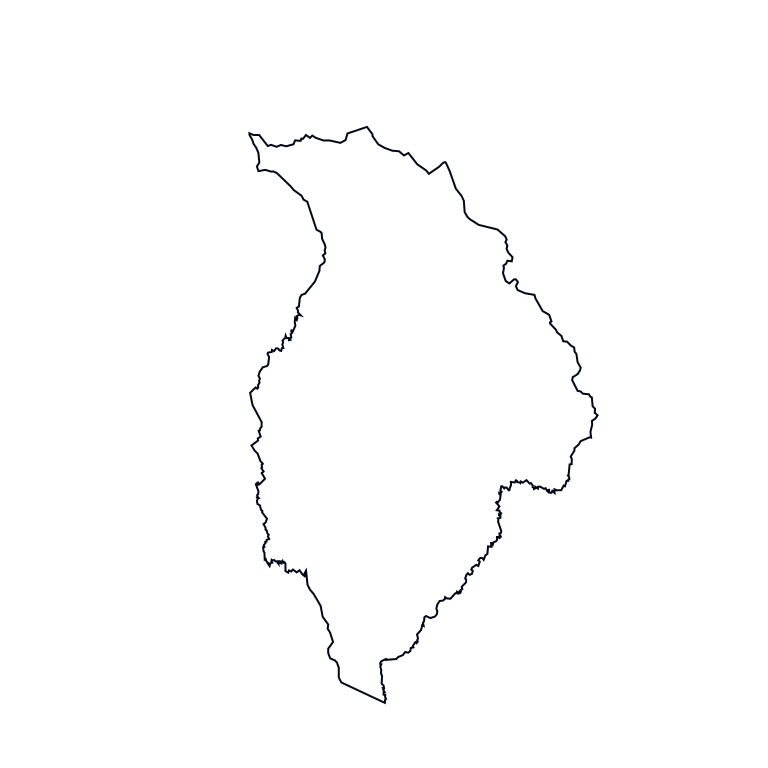 Rattaphum, Songkhla, Thailand, rotated 153°
{"feature_id": "78962969B64238633533340", "entity_name": "Rattaphum", "entity_type": "district", "adm_level": 2, "iso_a3": "THA", "parent_name": "Thailand", "parent_adm1": "Songkhla", "projection": "equal_earth", "projection_center": [100.221, 7.064], "detail": "fine", "context": "isolated", "style": "outline", "palette": "ink", "viewbox_px": 768, "rotation_deg": 153, "n_neighbors": 0, "source": "geoboundaries", "source_scale": "gbopen_adm2", "svg_char_len": 6165}
<svg xmlns="http://www.w3.org/2000/svg" viewBox="0 0 768 768"><g transform="rotate(153 384 384)"><path d="M547.3,342.8L547.9,341.4L547.5,339.5L548.6,340.1L548.5,339.2L550.3,337.5L551.2,334.5L549.7,332.2L550.7,327.6L550.0,326.1L550.9,324.9L549.4,317.1L552.4,314.3L555.0,313.9L554.8,309.5L555.7,308.0L555.0,306.9L555.7,303.6L555.1,302.1L556.6,301.0L556.7,298.0L559.4,298.4L560.3,296.9L561.5,297.2L561.9,296.1L564.3,295.0L564.5,293.2L565.8,293.5L567.3,289.5L567.1,288.0L570.0,281.7L568.9,281.8L569.3,279.3L568.2,276.6L569.0,276.7L568.6,273.7L566.7,275.8L564.8,275.5L565.0,276.9L563.9,278.4L563.2,277.2L561.8,277.0L561.0,275.0L559.1,274.3L560.0,273.2L559.7,271.7L559.1,273.3L557.3,271.1L557.0,273.0L556.0,272.1L554.7,272.6L555.0,270.4L553.6,270.5L553.3,268.8L556.7,262.1L555.1,259.4L553.3,261.0L551.8,259.1L549.4,260.0L547.3,255.8L543.8,256.4L543.2,251.6L541.9,248.7L540.8,249.7L540.9,251.3L538.2,253.1L543.3,239.8L543.3,234.1L542.0,228.9L541.2,215.1L544.3,204.5L542.9,195.0L545.3,191.5L544.9,187.0L546.5,177.3L553.9,173.5L555.9,169.5L556.5,163.9L553.3,160.1L552.4,157.3L553.1,151.7L557.5,143.1L557.6,139.3L557.4,137.3L528.0,99.5L526.5,102.1L525.1,102.5L525.2,104.4L524.1,106.3L525.4,107.5L524.0,110.0L523.4,109.4L523.4,112.1L522.4,112.5L522.9,113.6L521.9,113.5L521.3,115.3L522.1,118.1L518.2,125.0L518.1,127.4L516.3,130.4L515.6,133.8L513.9,135.3L514.6,135.5L514.2,136.9L512.7,138.1L507.9,138.2L507.7,137.3L506.5,137.6L506.3,136.8L498.0,133.4L495.2,134.3L490.2,133.9L486.8,135.6L484.4,133.6L481.7,134.2L480.0,136.6L477.4,136.0L477.5,137.3L473.7,139.6L472.6,139.7L472.6,138.4L471.1,138.9L470.5,140.9L469.2,141.8L468.3,145.8L462.5,148.1L459.4,151.8L458.5,150.5L457.7,153.5L456.2,154.3L453.8,157.9L451.9,158.2L449.1,154.5L444.3,153.6L441.7,154.7L439.7,157.1L439.4,159.9L437.0,163.0L433.1,165.4L429.9,164.3L427.3,164.8L426.3,166.3L425.3,164.4L422.3,162.5L415.9,165.0L414.6,165.1L413.7,164.1L413.2,165.4L412.7,164.4L411.5,164.8L412.0,163.4L411.2,163.1L409.7,164.2L409.7,165.4L407.3,165.7L406.9,168.0L400.8,170.1L399.6,172.5L400.0,173.8L397.2,176.6L395.1,177.3L394.4,175.1L391.9,174.9L389.7,177.2L390.5,179.0L389.0,180.3L383.9,181.0L382.6,179.0L379.3,182.3L380.1,184.0L378.2,185.0L377.1,185.3L375.3,184.1L375.0,182.1L371.5,185.3L369.0,185.7L365.0,192.1L362.2,190.2L360.8,193.7L359.9,193.1L359.9,191.6L358.2,193.3L355.7,193.0L354.2,193.6L352.8,196.4L351.3,195.8L351.2,194.3L349.8,194.5L349.1,195.2L349.7,196.6L349.0,198.4L348.0,197.9L346.3,199.6L344.8,209.7L343.6,211.1L343.6,212.6L341.1,211.9L340.2,213.4L341.2,214.7L340.8,215.7L339.7,214.7L338.3,215.6L339.1,217.4L338.6,218.7L340.8,220.3L336.7,222.5L338.0,227.5L336.8,227.8L336.2,226.8L333.2,228.3L330.4,232.3L331.2,233.3L330.8,234.9L329.1,233.9L328.1,234.7L328.7,236.1L326.0,239.6L325.0,239.2L324.3,236.4L323.0,236.9L321.8,236.0L321.1,232.6L320.0,232.7L319.6,233.9L316.8,236.1L315.4,239.2L312.2,236.9L310.2,238.3L309.5,237.3L309.8,235.9L308.0,235.0L307.5,233.8L306.3,235.0L305.1,233.1L300.7,233.6L299.4,229.1L298.1,229.0L297.6,226.0L298.4,224.5L297.4,223.6L298.0,222.4L295.8,222.3L295.6,223.3L294.3,221.0L293.5,222.5L291.7,221.9L289.0,217.9L287.3,217.8L287.3,215.3L285.0,214.8L285.6,213.3L286.7,213.3L286.5,212.5L284.2,211.0L282.5,212.4L281.4,209.5L279.9,212.8L278.5,211.0L274.3,208.9L270.1,211.9L269.2,210.7L265.3,214.8L264.0,214.1L263.2,215.2L262.2,214.9L261.3,216.9L261.6,219.0L260.9,219.0L255.1,228.1L253.2,227.4L250.7,231.9L250.6,234.6L244.7,238.1L243.4,240.3L238.3,241.6L234.7,243.8L225.2,243.2L223.8,242.2L221.8,247.6L217.1,253.1L215.5,256.7L211.4,257.2L207.9,259.1L209.3,262.7L207.2,266.1L208.2,269.5L204.9,277.7L205.9,279.0L206.1,281.8L211.2,285.1L212.2,288.1L214.6,290.0L214.6,302.0L212.7,304.4L206.9,304.9L203.2,307.1L201.3,309.3L201.6,315.6L198.9,323.4L199.5,326.2L198.0,330.2L200.0,333.3L201.7,338.6L204.9,340.7L204.1,346.3L206.3,351.4L206.2,354.4L208.6,362.5L208.1,363.5L206.4,363.7L205.4,370.7L209.5,376.9L210.2,391.3L209.5,395.1L217.2,400.9L222.3,407.1L222.0,411.4L218.4,414.0L219.0,417.4L220.6,418.2L226.6,416.7L228.8,420.5L227.7,428.6L224.5,432.9L223.8,435.3L220.7,435.7L218.1,437.8L214.5,435.3L211.9,438.6L213.6,444.6L213.4,448.8L211.2,451.4L211.4,455.3L209.2,456.9L208.9,460.5L212.7,470.1L227.3,482.7L232.7,491.9L233.8,495.1L234.1,500.5L229.7,511.0L229.5,516.2L231.3,525.5L228.8,544.1L228.4,553.1L228.8,554.0L231.0,554.2L236.5,552.5L248.6,550.9L249.5,555.2L254.6,564.6L257.4,578.7L262.5,578.6L265.0,584.6L270.7,588.1L276.2,594.0L280.3,600.2L281.7,610.0L280.9,611.7L282.5,620.8L302.8,623.8L307.5,618.8L313.3,618.6L321.8,625.6L327.3,628.4L333.1,634.4L335.1,637.9L338.2,636.9L340.5,641.3L344.9,639.2L346.2,640.2L347.9,638.5L352.6,641.4L355.8,638.7L363.2,640.2L367.4,643.8L372.0,644.1L376.1,648.4L379.5,648.8L382.2,662.5L387.3,665.2L390.1,668.5L390.8,666.8L390.5,661.4L391.2,657.5L390.6,652.2L391.0,647.0L394.5,638.0L398.5,635.5L399.2,630.7L392.6,628.7L387.9,624.3L386.3,623.8L383.7,620.6L377.4,602.4L376.4,597.8L372.0,589.2L372.0,584.9L369.6,581.2L374.1,552.1L371.5,548.4L371.1,546.6L373.2,541.6L373.5,534.2L374.4,531.8L376.2,530.0L376.9,527.1L380.1,526.3L380.2,521.7L382.0,519.4L387.6,518.3L390.3,514.0L399.1,506.6L413.3,500.3L416.9,500.8L419.8,499.1L424.6,491.7L427.3,491.4L427.3,488.3L428.2,486.9L427.0,482.9L428.5,484.3L431.2,484.0L431.2,482.1L432.7,480.6L433.2,483.1L435.4,479.8L436.5,476.2L441.1,472.4L442.1,473.8L442.8,472.9L442.6,471.3L444.5,470.8L445.5,467.5L447.5,467.2L447.3,465.8L448.8,466.2L448.0,468.2L449.9,469.1L449.7,471.7L450.9,470.1L454.7,468.7L455.1,466.6L456.7,465.3L457.3,461.8L458.8,462.2L460.6,460.2L461.9,461.4L462.2,463.6L463.9,464.8L467.0,463.2L468.4,465.2L469.5,463.5L473.1,464.6L474.2,463.6L474.1,460.3L478.3,454.0L479.9,453.1L484.5,453.9L489.2,451.3L492.1,448.4L492.1,445.2L494.0,443.3L494.2,441.8L497.1,439.8L497.6,437.9L499.1,437.4L500.0,439.2L507.3,436.9L510.7,424.9L510.3,405.6L512.6,401.3L514.4,400.7L515.7,399.0L516.9,399.2L517.8,393.1L521.2,392.8L521.8,390.8L530.0,389.4L529.5,383.2L528.2,379.4L529.1,371.3L528.2,367.9L529.7,367.5L530.6,365.0L531.5,364.7L531.0,360.7L533.4,360.2L533.0,353.6L540.3,351.2L540.9,353.1L541.9,351.9L542.2,352.8L542.8,352.0L543.0,353.1L543.7,352.9L544.6,345.3L546.3,342.8L547.3,342.8Z" fill="none" stroke="#020617" stroke-width="2"/></g></svg>